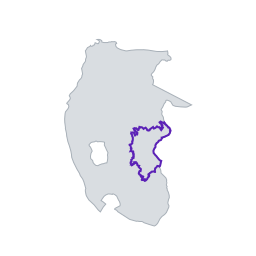 where North West sits in South Africa, rotated 120°
{"feature_id": "ZAF-1201", "entity_name": "North West", "entity_type": "Province", "adm_level": 1, "iso_a3": "ZAF", "parent_name": "South Africa", "parent_adm1": "", "projection": "orthographic", "projection_center": [25.686, -26.361], "detail": "fine", "context": "in_parent", "style": "outline", "palette": "violet", "viewbox_px": 256, "rotation_deg": 120, "n_neighbors": 0, "source": "natural_earth", "source_scale": "10m", "svg_char_len": 8684}
<svg xmlns="http://www.w3.org/2000/svg" viewBox="0 0 256 256"><g transform="rotate(120 128 128)"><path d="M176.0,53.1L181.9,52.5L184.5,53.0L187.7,54.4L190.6,54.9L195.7,54.7L197.4,55.0L198.7,55.5L199.7,56.2L200.9,61.3L202.0,66.7L201.9,68.5L202.0,69.2L203.3,71.5L203.8,73.0L204.6,74.2L206.1,80.0L206.3,81.1L205.6,95.0L204.9,96.7L205.1,98.9L204.2,99.1L199.5,96.1L198.6,96.2L197.2,97.2L195.9,98.7L195.2,100.1L192.6,103.8L192.3,106.2L192.5,108.2L193.3,108.3L193.8,109.8L195.0,112.2L197.2,113.8L199.2,114.6L202.1,114.9L204.4,115.0L204.3,113.4L205.0,109.2L208.8,109.9L214.5,110.0L213.9,112.8L211.5,118.9L209.9,125.9L208.0,129.4L207.0,130.8L204.1,133.3L202.7,134.1L201.5,134.3L196.6,139.4L194.8,141.8L193.1,145.5L191.5,147.4L189.1,151.7L185.0,157.9L181.6,162.0L180.1,163.1L179.2,163.7L176.5,166.0L172.8,169.8L169.9,173.2L165.7,177.0L163.3,178.7L159.7,182.0L158.7,182.5L154.7,185.6L151.8,187.4L147.2,189.6L145.3,190.2L141.0,189.6L139.1,189.9L137.6,191.2L137.5,193.2L136.9,193.4L132.8,192.6L131.2,192.7L130.2,193.7L129.5,195.0L127.2,195.1L123.1,193.8L118.3,193.1L117.2,193.0L114.9,194.0L114.1,194.2L110.7,194.1L108.8,193.5L107.0,193.5L105.6,194.1L103.9,194.3L99.6,198.0L97.3,198.1L95.3,198.6L91.7,198.2L90.7,198.5L89.7,199.1L87.3,199.5L86.4,200.1L82.5,203.5L80.8,203.3L78.7,203.3L76.2,201.7L75.3,201.8L75.5,201.3L75.5,200.4L74.6,199.5L73.7,199.6L73.2,198.8L71.7,198.8L70.6,199.1L70.1,196.1L69.6,195.8L68.1,195.9L67.4,196.0L67.1,196.3L66.8,197.0L66.9,199.1L66.4,198.5L65.7,197.3L65.4,196.0L65.5,194.4L66.6,193.7L66.1,191.7L64.2,188.3L63.1,187.6L62.1,185.9L61.3,185.3L60.8,184.0L60.0,183.1L59.6,181.5L60.0,180.6L60.6,180.0L61.4,180.8L62.2,180.4L63.4,179.2L64.0,177.4L63.9,174.6L63.6,172.9L62.3,168.4L61.7,167.4L59.2,164.3L56.3,160.2L52.4,153.6L50.5,149.6L47.4,141.5L44.9,136.9L41.9,132.7L41.5,132.5L41.9,131.9L43.3,130.8L43.9,130.5L44.3,130.6L44.6,130.3L44.9,129.6L45.0,128.0L45.5,126.3L46.1,125.6L47.3,125.0L48.4,125.6L48.8,126.2L49.0,126.9L49.5,127.3L50.2,127.2L50.7,127.7L51.0,128.7L51.0,129.4L50.7,129.9L50.8,130.4L51.3,131.1L52.0,132.7L54.6,133.4L56.1,133.4L57.5,133.7L58.9,134.4L61.1,134.4L64.0,133.9L66.5,133.9L68.5,134.5L69.9,134.6L70.8,134.1L71.1,133.4L71.0,132.6L71.4,132.0L72.3,131.8L73.1,131.1L73.6,130.0L75.0,129.1L77.1,128.4L78.2,128.4L76.2,84.5L80.3,87.4L81.2,88.7L83.3,92.8L85.5,97.8L85.9,100.2L85.8,100.7L83.9,104.1L83.9,105.8L84.2,107.7L84.7,108.6L85.3,108.9L86.7,108.4L88.8,108.8L92.9,108.4L95.0,108.6L95.5,108.5L95.9,108.0L96.4,106.9L96.9,106.5L98.8,105.9L99.6,105.2L100.9,102.9L104.9,99.7L105.3,99.0L107.7,91.6L108.5,90.6L109.6,89.8L111.8,89.3L113.2,89.5L114.6,90.1L116.2,91.2L118.7,93.1L119.5,93.4L121.9,93.5L123.4,94.8L127.9,95.6L129.2,95.6L130.6,94.8L132.9,94.9L135.3,94.4L136.9,93.1L139.8,85.1L140.1,83.3L140.4,82.8L142.8,81.9L145.7,81.2L146.3,80.9L148.1,78.6L150.5,76.8L152.2,70.4L153.3,68.9L153.9,68.3L154.4,68.3L155.0,67.9L155.8,67.1L156.7,66.7L157.8,66.5L158.5,66.0L158.9,65.1L159.4,64.7L160.2,64.8L160.7,64.5L160.8,63.9L162.6,62.6L162.7,62.0L163.7,60.7L165.8,58.6L167.7,57.4L169.4,57.2L172.7,56.2L173.9,55.2L174.7,53.8L176.0,53.1ZM168.4,147.4L171.2,146.4L173.2,145.0L173.8,142.4L175.4,140.9L176.0,139.4L176.5,137.3L175.7,135.2L174.4,134.5L172.1,132.6L171.1,131.3L169.7,130.2L168.8,128.9L167.1,129.3L164.6,130.3L163.0,131.2L161.7,132.3L159.4,133.0L157.1,136.5L156.4,137.3L154.7,139.9L152.2,141.1L152.1,141.6L152.9,143.7L154.0,145.8L155.2,147.5L155.1,148.6L155.5,149.4L156.6,150.0L158.3,152.1L159.2,152.8L161.9,153.4L162.3,153.2L163.1,152.0L163.2,151.1L165.1,148.4L165.9,147.5L168.4,147.4Z" fill="#d9dde1" stroke="#a8b0b8" stroke-width="1"/><path d="M144.9,81.3L145.7,81.5L145.7,82.4L145.8,82.8L146.1,83.3L146.2,83.6L146.3,83.6L148.1,83.8L148.4,83.9L149.0,84.2L149.2,84.3L149.5,84.3L150.3,83.9L151.6,83.4L152.1,83.1L152.2,82.8L152.3,82.7L152.5,82.6L152.7,82.9L152.8,84.1L153.1,84.6L153.4,84.8L153.8,85.2L154.0,85.7L154.2,85.8L155.3,86.0L156.1,86.6L157.0,86.7L157.4,86.6L157.6,86.7L157.6,87.1L157.8,87.2L158.1,87.1L158.5,86.5L158.5,86.2L158.5,85.9L158.9,85.7L159.4,85.6L159.8,86.1L160.2,85.9L160.4,85.8L162.0,86.1L162.4,85.9L162.6,85.9L163.1,86.0L163.7,86.1L164.1,86.2L164.9,86.6L165.2,86.8L165.4,87.0L165.3,87.3L165.3,87.6L165.1,87.7L164.9,87.7L164.7,87.6L164.3,87.4L164.2,87.4L163.9,87.4L163.8,87.6L163.9,87.8L164.1,88.0L164.3,88.5L164.5,88.6L165.0,88.6L165.4,88.8L166.1,89.9L166.0,90.2L165.5,90.3L165.1,90.0L164.8,90.0L164.8,90.4L164.5,90.6L164.0,90.5L163.5,90.8L163.0,90.4L162.6,90.4L162.4,90.9L162.5,91.2L162.8,91.1L163.3,91.7L163.0,91.8L162.9,92.2L163.5,92.5L163.4,92.7L162.7,92.6L162.5,93.1L162.7,93.6L162.4,93.8L162.4,94.5L162.5,94.8L162.4,94.9L162.3,95.0L162.2,95.1L162.3,95.4L162.2,95.7L162.0,95.9L161.7,96.1L159.9,96.5L159.7,96.3L159.3,96.3L159.1,96.1L159.0,95.6L157.7,96.0L157.0,96.5L156.8,98.0L156.4,99.1L156.3,99.4L155.9,99.4L155.7,99.7L155.2,99.6L155.5,101.3L154.1,102.4L154.4,103.0L154.5,103.9L154.2,104.0L153.7,104.1L153.8,104.4L153.9,104.5L154.0,104.7L154.5,104.7L154.6,105.5L155.6,105.2L155.6,104.9L155.8,104.8L156.1,104.9L156.1,105.2L156.4,105.6L156.7,105.4L157.3,105.6L157.9,105.6L158.0,105.7L158.1,106.2L158.4,106.3L158.2,106.7L158.0,106.8L158.1,107.0L157.9,107.0L157.6,107.1L157.4,107.8L157.1,108.3L156.9,108.4L156.1,108.6L155.7,108.2L155.2,108.2L155.0,108.4L154.5,108.9L154.1,109.2L153.9,109.3L153.8,109.2L153.8,108.9L153.7,108.9L152.4,108.9L151.9,108.9L151.6,108.7L151.4,108.3L151.2,108.2L151.1,108.3L151.0,108.5L151.1,109.2L150.8,109.1L150.4,108.7L150.2,108.9L150.0,109.1L149.7,108.9L149.6,109.0L149.3,109.1L149.1,109.2L148.8,109.6L148.7,109.9L148.2,109.7L148.0,109.8L147.8,109.9L147.5,110.2L147.5,110.4L147.5,110.9L147.3,111.0L147.1,110.9L146.9,110.9L146.7,111.3L145.9,111.6L145.7,111.8L145.9,112.2L146.3,112.5L146.4,112.8L146.4,113.4L146.4,113.5L146.4,113.4L146.3,113.5L146.1,113.7L146.1,113.9L146.1,114.1L146.6,114.2L146.7,114.3L145.6,114.4L145.4,114.3L145.1,114.3L144.9,114.5L144.7,114.8L144.5,114.6L144.2,114.6L143.9,114.8L143.7,115.0L143.7,115.4L143.7,115.6L143.3,115.8L142.4,116.7L142.1,117.0L141.8,117.6L142.0,118.0L141.9,118.2L141.8,118.3L141.6,118.3L141.5,118.2L141.4,118.0L141.3,117.4L141.2,117.3L140.4,117.1L139.9,117.1L139.5,116.7L139.4,116.6L139.1,116.6L138.0,117.3L137.8,117.5L137.6,117.7L137.3,117.7L137.0,117.5L136.8,117.5L136.7,117.7L136.4,117.9L136.2,117.9L135.8,118.0L135.2,118.2L135.0,118.3L134.2,119.0L133.7,119.1L133.4,119.5L133.3,119.8L133.1,120.2L132.9,120.4L132.7,120.5L132.3,120.7L132.1,120.8L131.8,121.4L131.8,121.6L131.6,122.0L131.4,122.2L131.3,122.4L131.0,122.3L130.9,122.5L130.6,122.5L130.3,122.7L130.2,122.8L128.9,120.6L129.1,120.6L131.0,118.2L130.8,118.0L130.6,117.9L130.4,117.9L128.7,117.9L128.4,117.7L128.4,117.4L128.5,117.0L128.2,117.1L128.0,117.3L127.5,117.4L127.4,117.5L127.2,117.8L127.2,118.0L127.3,118.2L127.3,118.3L127.5,118.4L127.5,118.5L127.3,118.7L127.3,119.2L127.5,119.3L127.5,119.6L127.3,119.9L127.1,120.0L126.9,120.3L126.7,120.5L126.7,120.9L126.7,121.3L126.6,121.7L126.1,122.2L126.0,122.4L125.9,122.6L125.7,122.9L124.8,122.2L124.9,121.7L124.9,121.4L124.6,121.1L124.4,120.9L124.2,120.9L124.1,120.7L124.2,120.0L124.5,119.7L124.8,119.1L124.5,118.8L124.8,118.2L124.4,117.9L121.3,118.7L121.1,118.1L121.3,117.3L120.6,116.8L120.5,116.1L120.4,115.9L120.5,115.5L121.0,114.1L120.2,113.8L120.0,113.6L118.9,112.9L119.6,111.0L120.1,110.6L120.3,110.0L119.9,108.8L119.2,108.2L118.6,108.2L118.4,108.5L114.6,106.8L115.5,105.3L114.2,104.3L112.1,103.7L112.3,102.1L111.6,101.2L112.4,99.7L111.6,99.5L111.6,98.7L112.9,98.9L113.2,98.2L110.2,97.9L109.8,99.2L109.1,99.2L109.0,100.0L108.3,99.9L107.6,102.9L107.3,103.5L106.1,103.0L106.0,99.7L105.1,99.5L105.6,98.8L105.6,98.6L105.5,98.4L105.9,98.2L106.0,98.1L106.1,97.9L106.2,97.5L106.2,97.2L106.0,96.8L106.1,96.6L106.5,96.3L106.6,96.0L106.5,95.8L106.4,95.7L106.4,95.2L106.5,95.0L107.0,94.4L107.1,94.0L107.0,93.7L107.3,93.4L107.2,93.3L107.0,93.0L107.0,92.9L107.1,92.7L107.3,91.9L107.7,91.7L107.8,91.5L108.0,91.1L108.0,90.9L108.5,90.6L108.6,90.3L109.0,89.8L109.3,89.7L109.6,89.7L109.7,89.9L109.8,90.0L110.0,89.8L110.8,89.4L111.3,89.3L111.8,89.2L112.4,89.3L113.1,89.5L113.3,89.5L113.8,89.4L114.3,89.9L115.0,90.3L116.2,91.2L116.4,91.4L117.0,91.6L117.3,92.0L117.7,92.2L118.1,92.8L118.6,93.1L118.8,93.3L119.0,93.5L119.6,93.3L119.9,93.5L119.9,93.8L120.1,93.7L121.2,93.4L121.8,93.4L122.3,93.7L123.0,94.5L123.5,94.9L124.0,95.0L124.5,94.8L126.0,95.2L126.6,95.6L127.0,95.7L127.8,95.6L128.4,95.8L128.7,95.7L129.4,95.5L129.6,95.5L130.2,95.0L130.7,94.7L131.1,94.7L131.5,94.7L132.0,94.9L132.5,94.9L134.7,94.7L135.5,94.3L136.9,93.2L137.1,92.5L137.7,91.1L138.1,89.5L139.0,87.4L139.2,86.6L139.6,86.0L139.6,85.6L139.9,84.9L140.0,84.5L140.0,84.0L139.9,83.1L139.9,82.8L140.0,82.8L140.4,82.6L141.0,82.6L141.5,82.3L144.4,81.4L144.9,81.3Z" fill="none" stroke="#5b21b6" stroke-width="2"/></g></svg>